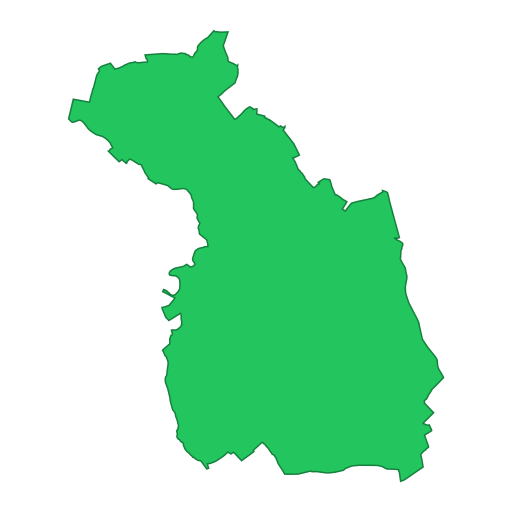 the district of Ganesti, Mures, Romania
{"feature_id": "2599482B44077836388237", "entity_name": "Ganesti", "entity_type": "district", "adm_level": 2, "iso_a3": "ROU", "parent_name": "Romania", "parent_adm1": "Mures", "projection": "albers", "projection_center": [24.339, 46.342], "detail": "fine", "context": "isolated", "style": "filled", "palette": "green", "viewbox_px": 512, "rotation_deg": 0, "n_neighbors": 0, "source": "geoboundaries", "source_scale": "gbopen_adm2", "svg_char_len": 6027}
<svg xmlns="http://www.w3.org/2000/svg" viewBox="0 0 512 512"><path d="M249.7,106.8L246.7,108.6L243.9,111.1L241.9,113.5L236.2,118.7L234.7,119.3L225.3,107.1L218.0,96.8L221.7,93.9L223.2,92.3L225.9,89.9L235.0,82.9L236.6,78.1L237.4,76.8L237.5,76.2L237.4,75.9L237.8,74.6L238.1,72.9L237.9,72.2L238.0,69.9L237.8,68.6L237.4,67.6L237.7,65.1L237.0,65.7L233.6,63.7L228.3,61.5L227.7,57.3L225.1,51.2L223.6,46.8L223.5,45.6L223.3,45.2L224.3,42.8L228.0,31.9L221.2,32.2L214.7,31.6L213.9,30.7L207.7,37.6L204.3,39.6L200.9,42.5L198.0,45.9L197.5,47.0L197.5,49.4L196.8,51.2L195.4,52.5L194.5,53.8L193.2,56.7L192.5,57.1L191.6,57.1L190.3,56.7L188.7,55.3L186.3,54.4L185.7,53.7L180.8,53.0L177.0,54.4L174.9,54.2L171.7,54.2L162.8,53.6L145.1,54.9L146.0,58.2L146.7,59.4L147.1,59.7L147.6,60.7L147.5,61.6L147.2,62.1L144.1,62.2L138.2,62.8L136.0,62.4L135.0,61.8L134.5,61.9L133.3,62.5L131.4,62.7L129.6,63.0L124.7,65.1L122.9,66.3L119.1,68.0L114.9,69.1L110.4,63.2L101.5,66.3L98.4,68.8L99.6,70.9L98.1,73.0L96.7,75.3L93.9,86.5L92.6,89.8L92.3,91.7L91.4,94.4L89.4,102.2L73.3,99.2L68.6,118.9L71.0,121.3L71.9,122.0L72.7,122.2L73.7,122.2L78.6,120.3L79.4,120.1L80.6,120.4L81.7,120.9L83.3,122.3L87.0,126.9L87.5,127.8L89.4,129.9L91.8,131.8L96.2,134.6L102.7,136.5L106.1,138.8L107.8,140.3L110.1,142.8L111.5,145.6L112.8,147.9L110.4,149.1L109.1,151.0L108.4,151.2L119.1,161.7L122.0,159.6L126.2,163.4L126.6,163.2L127.0,162.7L126.8,162.2L127.1,161.6L129.7,159.1L132.0,160.0L138.7,164.3L140.9,164.6L141.6,165.4L141.9,166.4L143.7,169.6L144.8,172.3L145.5,173.5L148.5,177.9L148.1,178.7L156.1,183.9L158.0,182.7L166.7,185.2L167.8,185.6L171.2,188.5L172.7,189.2L174.3,189.4L177.6,189.2L183.4,188.5L185.4,188.9L186.7,189.6L189.9,193.2L191.2,195.3L191.5,196.1L191.5,197.3L193.1,200.8L193.5,201.9L193.6,204.9L193.5,207.8L193.6,208.9L196.4,212.8L197.5,214.8L197.0,218.0L197.6,219.0L198.2,220.6L199.8,222.9L199.8,223.7L198.6,225.7L198.2,228.1L199.0,230.1L199.4,233.5L199.9,234.4L205.7,239.0L206.7,240.1L207.1,241.0L207.8,244.5L208.0,246.6L205.8,246.6L204.6,246.8L203.2,247.4L199.6,248.2L198.2,248.7L197.1,249.5L195.4,250.7L195.0,251.3L193.0,257.2L192.6,258.9L192.7,260.0L192.9,260.7L194.8,263.5L194.7,264.5L194.0,265.5L192.5,266.5L191.3,266.9L190.2,266.9L186.9,264.4L186.5,264.4L183.4,266.4L175.0,268.2L173.0,269.2L170.7,270.7L169.8,271.8L169.3,272.9L169.2,273.8L169.4,274.6L169.8,275.1L172.0,275.6L175.8,275.9L176.9,276.5L178.5,277.9L179.5,279.5L179.7,280.4L180.0,284.5L179.9,286.6L179.7,288.4L179.3,289.5L178.3,291.4L175.4,294.5L174.2,295.1L173.1,295.3L172.0,295.2L171.0,294.9L167.1,291.2L165.7,290.3L163.6,289.5L162.7,291.7L165.6,293.0L171.7,296.4L174.8,297.8L173.9,299.5L169.6,304.6L169.7,305.1L164.8,306.9L162.0,307.4L162.2,308.8L165.8,317.3L168.9,320.5L180.5,313.3L181.0,314.5L181.3,316.8L181.1,318.1L181.7,322.2L181.7,325.1L181.3,325.1L181.1,326.0L180.0,327.3L177.5,329.3L176.3,329.9L174.9,330.2L173.0,329.8L171.4,330.2L171.8,332.0L172.4,333.1L172.4,333.8L171.8,335.3L171.0,335.4L170.0,338.1L169.8,338.8L169.8,343.8L162.6,350.0L164.9,355.2L165.5,356.2L166.0,356.4L166.5,357.1L166.8,358.5L167.3,359.3L168.0,361.6L168.1,364.0L167.2,370.5L166.8,374.8L166.6,375.5L165.8,376.8L165.4,378.0L165.2,379.0L165.3,381.2L165.6,382.9L167.2,387.0L168.1,389.9L170.0,398.1L170.2,400.7L172.3,408.6L172.8,409.8L175.1,413.0L175.8,416.5L176.8,419.1L177.5,421.3L177.8,423.3L178.4,424.8L178.6,425.5L178.0,427.7L178.0,429.1L177.4,429.5L176.9,430.6L176.7,431.7L177.1,432.4L177.3,434.3L176.9,436.2L177.1,437.5L178.4,439.2L179.7,439.7L179.8,440.2L181.0,441.7L183.0,443.0L183.4,443.4L183.5,445.5L184.5,447.7L184.6,448.5L186.9,451.5L187.9,452.2L190.9,455.2L191.6,455.7L192.9,457.3L194.2,457.5L194.8,458.4L197.6,460.1L198.8,460.6L200.0,460.5L200.8,461.0L201.5,461.7L206.8,469.0L208.7,468.1L207.9,465.9L207.4,463.8L209.1,463.6L209.8,463.3L210.5,463.4L213.2,462.2L213.7,462.2L216.4,460.8L221.8,457.3L224.8,455.0L227.9,452.1L231.0,454.0L233.6,452.2L241.6,460.7L253.9,451.6L253.3,450.3L262.1,442.3L262.6,442.5L263.6,443.6L264.8,444.2L266.6,446.8L267.4,447.2L272.1,454.0L274.2,455.3L276.2,458.5L278.2,463.7L282.4,470.1L284.8,474.2L298.0,474.1L310.4,471.1L311.0,471.1L311.9,471.7L316.9,471.6L326.4,472.9L330.0,472.8L335.1,472.2L343.3,470.3L343.8,470.0L345.2,468.6L350.8,466.3L353.2,465.8L360.0,465.2L377.1,465.4L381.6,466.3L386.8,469.0L392.0,469.1L398.6,469.6L398.7,470.8L399.4,472.4L400.6,481.3L403.5,480.3L405.8,478.9L423.1,467.0L421.6,458.2L420.7,454.6L423.4,451.4L425.7,449.8L426.4,448.8L428.4,447.3L428.6,446.7L424.5,435.1L430.7,431.3L431.6,430.7L431.6,430.0L429.2,424.9L427.9,425.2L427.2,425.1L423.1,423.5L423.0,423.3L433.6,412.7L424.5,403.2L424.4,400.6L426.5,399.0L428.8,394.5L430.4,392.3L431.9,389.6L432.9,388.4L438.9,382.5L442.4,378.7L443.4,377.9L443.4,377.3L442.3,375.1L438.6,368.8L437.7,366.2L437.2,360.5L436.9,359.4L435.8,357.4L427.5,347.0L422.9,340.1L422.3,338.8L419.6,326.9L418.8,322.6L417.4,319.4L408.8,302.9L405.9,294.1L405.5,291.7L405.3,287.5L405.5,285.5L406.9,278.0L406.8,275.5L406.1,273.1L405.4,268.6L405.1,267.7L401.1,260.7L400.2,258.4L400.7,257.4L400.6,255.6L400.8,254.4L400.9,250.3L401.5,249.6L401.8,248.9L401.8,247.4L402.7,245.5L402.8,244.1L402.4,243.1L400.0,241.3L396.7,239.8L394.7,238.4L395.2,237.8L396.5,238.2L397.4,238.3L399.4,237.6L389.4,200.8L388.8,197.6L387.5,192.6L386.0,191.7L382.5,190.5L382.8,191.7L382.7,192.0L377.4,195.0L374.9,197.2L372.6,198.3L357.9,201.4L351.7,203.1L350.6,204.1L345.3,211.0L342.4,209.1L346.9,201.7L342.9,199.4L340.0,197.1L336.5,194.8L335.3,194.9L332.0,187.2L330.3,181.0L329.9,180.0L329.0,179.5L323.9,178.8L318.2,182.3L319.4,183.8L317.6,184.4L316.9,185.1L316.1,186.2L314.7,187.2L313.7,187.6L312.8,187.0L305.1,178.9L304.7,177.2L302.0,173.2L300.7,172.3L299.9,170.8L298.7,169.8L298.1,169.0L295.3,162.1L292.8,157.9L294.8,157.3L297.7,156.0L299.4,155.0L293.9,143.9L283.2,130.1L284.5,128.2L284.8,127.5L284.9,126.4L284.0,127.2L282.7,127.5L280.7,125.9L278.9,126.8L271.0,120.8L269.5,120.3L269.6,119.7L267.0,118.9L267.0,118.4L264.5,117.6L264.8,116.1L256.8,114.1L256.9,108.8L253.1,109.4L252.6,108.5L251.6,107.7L249.7,106.8Z" fill="#22c55e" stroke="#15803d" stroke-width="1.5"/></svg>